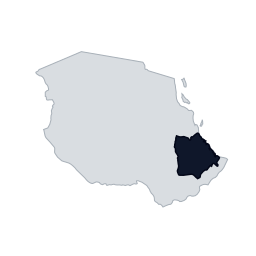 United Republic of Tanzania, with Lindi highlighted, rotated 337°
{"feature_id": "TZA-3387", "entity_name": "Lindi", "entity_type": "Region", "adm_level": 1, "iso_a3": "TZA", "parent_name": "United Republic of Tanzania", "parent_adm1": "", "projection": "natural_earth1", "projection_center": [38.938, -9.38], "detail": "fine", "context": "in_parent", "style": "filled", "palette": "ink", "viewbox_px": 256, "rotation_deg": 337, "n_neighbors": 0, "source": "natural_earth", "source_scale": "10m", "svg_char_len": 7107}
<svg xmlns="http://www.w3.org/2000/svg" viewBox="0 0 256 256"><g transform="rotate(337 128 128)"><path d="M100.1,178.4L97.8,177.0L95.7,176.2L94.0,175.2L93.2,174.3L91.6,173.9L90.2,173.8L88.9,172.9L86.2,172.6L85.9,172.0L85.9,170.7L85.4,170.4L84.4,170.1L83.4,170.1L82.7,170.3L82.4,170.2L81.5,169.4L80.7,168.5L80.4,167.0L79.1,166.0L77.7,165.2L73.8,165.3L73.2,165.0L72.3,164.3L71.2,163.0L70.3,161.5L69.5,159.6L68.7,156.9L64.2,146.2L63.7,144.2L62.8,142.0L61.4,139.2L59.9,137.2L57.8,135.4L55.5,133.5L54.2,132.3L51.8,127.3L51.3,124.9L50.9,122.5L51.0,121.5L52.5,118.4L52.7,117.5L52.5,116.3L51.7,113.8L50.8,110.8L48.8,105.3L48.6,103.9L48.6,102.8L49.7,97.2L49.7,96.4L54.2,96.6L57.4,94.1L60.3,90.4L60.8,88.9L62.0,86.5L63.1,85.4L63.6,84.6L64.2,82.2L65.7,80.6L67.2,79.4L66.9,78.5L67.1,78.2L67.9,77.6L69.4,77.0L69.7,75.8L69.7,74.4L69.5,73.6L69.5,72.7L69.3,72.2L68.3,72.1L66.8,71.4L65.5,71.1L64.6,70.7L64.3,70.4L64.2,69.6L64.9,67.4L64.2,66.6L65.7,63.0L66.0,62.6L66.6,62.5L67.5,62.1L68.3,62.0L69.0,62.1L69.5,62.0L69.9,61.6L70.3,60.3L70.6,58.3L70.4,56.7L69.8,55.4L69.6,53.5L69.9,50.9L69.7,48.7L69.0,47.0L68.2,46.0L67.1,45.5L65.3,42.9L64.8,41.6L64.9,40.8L65.5,40.5L66.6,40.6L67.7,40.3L68.7,39.6L69.6,39.4L70.1,39.5L114.9,39.5L167.3,73.2L167.5,73.6L167.9,76.6L167.8,77.5L167.0,79.2L166.8,80.1L166.8,80.7L167.0,80.9L167.7,81.0L168.2,81.4L168.5,81.7L168.9,83.0L169.5,83.6L189.4,100.2L189.8,100.5L189.5,101.9L188.4,105.2L188.3,106.6L187.9,108.3L187.5,109.4L186.3,114.1L185.4,115.9L184.1,120.1L183.9,123.2L184.6,125.5L184.8,127.6L186.4,129.6L187.6,130.3L188.4,131.3L189.9,133.4L190.7,135.6L193.4,136.6L194.4,139.0L194.0,140.7L192.8,142.0L191.7,144.3L190.8,147.2L190.7,151.6L191.3,151.0L192.7,152.1L192.9,155.3L191.5,159.2L191.0,161.0L191.0,162.5L192.0,167.1L193.6,169.4L193.5,170.1L193.1,170.8L195.8,174.9L195.5,178.5L196.5,181.3L197.0,183.7L197.7,185.5L197.8,186.8L197.0,188.2L198.9,188.6L200.1,189.8L200.6,190.9L202.0,190.8L202.8,191.6L203.9,192.2L206.4,194.1L207.0,195.0L207.4,195.9L200.7,201.8L198.2,203.3L196.5,204.0L194.6,204.4L192.9,205.4L191.2,206.8L189.1,207.6L186.5,207.6L183.7,208.6L179.4,211.6L176.9,209.9L174.9,209.4L172.7,209.5L171.3,209.7L170.8,210.0L170.4,211.1L170.0,212.8L168.5,214.4L165.9,216.0L163.5,216.6L161.3,216.2L159.9,215.5L159.1,214.6L157.9,214.2L156.4,214.2L155.0,214.9L153.6,216.1L151.4,216.6L148.4,216.5L146.8,215.9L146.5,214.9L145.2,213.7L142.8,212.3L141.0,212.3L139.9,213.6L138.8,214.4L137.9,214.8L137.0,214.8L135.8,214.4L132.4,214.3L129.3,214.4L128.9,212.5L128.3,211.3L127.7,210.6L126.6,210.4L126.3,209.9L125.9,208.7L125.4,207.7L124.7,206.9L124.3,206.1L124.1,205.4L124.2,204.6L124.9,202.7L125.1,201.4L125.0,200.0L124.6,198.6L123.9,196.9L124.0,196.5L123.7,195.3L123.7,194.5L123.8,193.5L123.7,192.2L123.0,189.5L123.0,188.7L122.3,187.4L120.2,184.2L120.1,183.8L116.8,180.6L115.4,179.9L115.0,180.5L114.8,181.0L114.9,182.1L114.9,182.6L114.7,182.8L113.9,182.8L113.4,182.7L112.2,181.8L111.2,181.6L108.8,181.7L107.9,181.9L107.3,181.8L106.0,180.3L104.5,180.0L103.1,179.9L100.9,178.2L100.1,178.4ZM193.7,125.0L194.8,128.5L194.7,129.1L193.9,129.5L193.5,129.6L193.0,129.0L192.7,127.8L192.1,128.1L191.1,126.7L190.1,126.6L189.2,124.9L189.6,123.5L189.4,120.9L190.4,119.7L191.0,117.5L191.7,119.0L191.9,121.3L192.8,124.0L193.7,125.0ZM199.0,104.0L199.1,104.8L198.9,105.6L198.9,108.1L198.8,109.8L198.0,112.1L197.3,112.9L196.7,112.6L196.2,112.3L195.9,111.6L196.6,107.4L196.3,104.3L197.8,104.6L199.0,104.0ZM196.8,154.8L196.0,155.0L195.7,154.8L195.2,154.1L196.1,153.5L196.8,152.4L198.7,150.7L199.6,149.4L199.4,150.7L198.4,153.5L197.5,153.7L196.8,154.8Z" fill="#d9dde1" stroke="#a8b0b8" stroke-width="1"/><path d="M190.7,160.4L190.8,160.7L190.9,161.1L191.0,161.6L191.0,162.1L190.9,163.0L191.0,163.5L191.4,164.1L191.6,164.5L191.7,164.9L191.8,165.3L191.8,166.6L191.7,167.0L192.2,167.1L192.3,167.2L192.3,167.4L192.4,167.5L192.5,167.5L192.8,167.6L192.9,167.9L193.0,168.2L193.1,168.5L193.4,168.7L193.6,168.8L193.7,169.1L193.9,169.6L194.0,169.9L194.4,170.3L194.5,170.4L194.3,170.5L194.2,170.5L194.0,170.4L193.8,170.2L193.5,169.9L193.3,169.5L193.0,169.4L192.8,169.4L192.6,169.5L192.2,170.0L192.4,170.1L193.2,170.0L193.1,170.3L193.0,170.5L193.4,170.6L193.6,170.7L193.6,170.9L193.6,171.2L193.5,171.6L193.7,171.8L193.7,172.2L193.7,172.3L193.7,172.5L193.8,172.5L193.8,172.8L193.7,172.9L193.7,173.0L193.8,173.5L193.7,173.7L193.9,173.7L194.2,173.6L194.4,173.4L194.6,173.2L194.9,173.5L195.6,174.3L195.8,174.8L195.9,175.3L195.6,175.9L195.6,176.0L195.8,176.2L195.9,176.4L195.9,176.6L195.8,176.9L195.8,177.0L195.8,177.6L195.8,177.8L195.6,178.1L195.4,178.3L195.1,178.3L194.9,178.3L194.7,178.4L194.7,178.5L194.7,178.8L194.7,179.1L194.8,179.0L195.0,179.0L195.3,179.0L195.3,178.8L195.4,178.7L195.5,178.8L195.7,179.0L195.9,179.1L195.9,179.4L195.9,179.5L196.0,179.7L196.3,180.1L196.4,180.4L196.6,181.3L196.8,181.5L197.0,181.7L196.9,181.8L196.8,182.0L196.9,182.3L197.1,182.5L197.1,183.1L197.3,183.4L197.1,183.5L196.9,183.6L196.6,183.9L196.6,184.0L197.2,184.1L197.3,184.1L197.5,184.6L197.6,184.8L197.8,185.0L198.0,185.3L198.1,185.8L198.0,186.1L197.7,186.3L197.3,186.2L197.5,186.5L197.9,186.8L197.9,187.0L197.7,187.1L197.2,187.3L196.8,187.4L196.8,187.6L197.0,188.1L196.9,188.4L196.8,188.6L196.7,188.8L196.5,189.0L196.8,188.9L197.5,188.0L197.8,188.0L198.0,188.1L198.4,188.1L198.7,188.4L198.9,188.5L199.1,188.4L199.3,188.5L199.6,188.8L200.5,190.4L200.5,191.2L200.1,191.5L199.6,192.0L197.3,193.5L196.7,193.7L196.3,194.3L196.2,195.0L196.0,195.6L196.0,196.0L196.3,196.4L196.4,197.0L196.1,197.6L195.6,198.1L195.0,197.7L194.6,196.6L194.4,196.4L194.2,196.1L193.7,194.6L192.6,193.8L192.3,193.8L191.9,193.9L191.6,194.3L191.1,194.6L190.7,194.5L190.5,194.9L190.4,195.6L189.7,195.8L189.6,195.3L189.5,194.8L189.0,194.7L188.4,195.0L187.2,195.7L186.6,196.0L185.5,196.6L185.1,196.9L184.8,197.2L183.8,197.3L183.3,197.1L182.9,196.8L182.4,196.8L181.9,197.0L180.7,197.1L176.9,198.9L176.0,200.0L175.3,201.2L174.8,201.6L172.3,201.8L171.6,200.3L171.3,199.8L171.1,199.4L170.9,198.6L170.5,197.9L170.4,197.5L170.2,197.2L169.9,196.5L169.5,196.1L169.1,195.9L168.4,195.3L160.5,193.1L157.1,191.6L156.4,190.9L156.4,189.7L156.4,188.5L156.5,187.5L156.8,186.6L158.0,185.3L159.1,184.0L159.7,182.9L160.0,182.0L160.2,181.0L161.3,177.0L161.6,176.5L161.7,176.0L161.8,175.0L162.5,174.3L163.3,174.0L163.4,173.4L163.0,172.7L163.1,171.7L162.7,170.6L162.7,170.0L162.5,168.5L162.6,168.1L163.2,166.6L163.6,165.3L163.6,165.0L163.6,164.6L163.5,164.4L163.3,163.9L163.4,163.4L163.7,163.0L164.0,162.7L164.2,162.3L164.6,161.4L164.9,161.0L165.0,160.9L165.3,160.8L165.4,160.7L165.4,160.4L165.7,160.1L165.8,159.6L166.3,158.7L166.6,158.5L166.9,158.4L167.1,158.3L167.2,158.0L167.2,157.7L167.4,157.5L167.7,157.0L167.8,156.9L167.8,156.6L167.9,156.4L168.0,156.3L168.1,156.2L168.4,155.6L168.5,155.4L168.8,155.2L169.1,154.9L169.3,154.7L169.5,154.3L169.6,154.2L171.6,156.0L172.3,156.5L174.0,157.2L175.7,157.6L176.5,158.1L177.8,159.4L178.5,159.9L179.6,161.1L179.8,162.7L180.0,163.3L180.8,163.4L181.5,162.9L181.8,162.0L182.2,161.3L183.2,161.0L183.4,161.1L183.6,161.4L183.8,161.5L184.7,161.3L186.5,160.6L189.2,159.9L190.0,159.9L190.5,160.3L190.7,160.4Z" fill="#0f172a" stroke="#020617" stroke-width="1.5"/></g></svg>